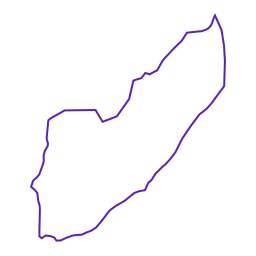 At Taffah, Al Bayda', Yemen (Robinson projection)
{"feature_id": "15242507B13083201582519", "entity_name": "At Taffah", "entity_type": "district", "adm_level": 2, "iso_a3": "YEM", "parent_name": "Yemen", "parent_adm1": "Al Bayda'", "projection": "robinson", "projection_center": [45.345, 14.162], "detail": "fine", "context": "isolated", "style": "outline", "palette": "violet", "viewbox_px": 256, "rotation_deg": 0, "n_neighbors": 0, "source": "geoboundaries", "source_scale": "gbopen_adm2", "svg_char_len": 2127}
<svg xmlns="http://www.w3.org/2000/svg" viewBox="0 0 256 256"><path d="M224.2,86.1L224.9,60.9L224.1,46.4L223.5,42.4L221.5,30.0L215.2,15.9L215.0,15.4L214.8,15.7L214.4,16.7L214.0,17.7L213.6,18.7L213.2,19.7L212.8,20.9L212.4,21.9L212.1,22.9L211.7,23.8L211.2,24.7L210.8,25.6L210.2,26.4L209.5,27.2L208.8,27.9L207.9,28.6L207.0,29.1L206.2,29.5L205.1,30.0L204.2,30.3L203.1,30.7L201.8,31.1L200.9,31.3L200.4,31.3L200.2,31.3L199.9,31.4L199.7,31.4L199.4,31.4L199.2,31.4L198.9,31.4L198.7,31.4L188.9,32.5L187.4,32.7L187.1,32.7L186.9,32.7L181.8,40.7L178.6,43.8L172.8,49.5L167.8,54.9L164.9,58.0L164.2,58.9L162.6,60.7L157.3,70.2L153.2,72.4L149.7,74.3L145.3,73.0L141.4,78.0L139.4,78.7L136.0,79.7L135.2,80.0L134.6,80.2L133.4,80.6L131.1,90.6L129.2,98.9L116.8,116.4L102.6,121.8L95.5,110.0L64.5,110.4L64.4,110.6L51.4,117.9L48.6,119.9L48.2,121.5L46.6,138.6L48.0,143.7L47.6,146.2L44.8,150.9L44.3,153.1L43.6,155.4L43.8,160.5L42.9,164.5L39.3,174.4L36.5,177.7L33.1,180.7L32.8,181.7L32.6,182.2L32.6,182.4L32.3,183.2L32.1,183.9L31.9,184.3L31.7,184.9L31.5,185.6L31.1,186.8L34.7,189.9L37.4,193.2L38.1,200.2L39.7,205.9L39.9,209.9L39.4,231.9L39.4,236.3L41.3,237.9L41.7,238.2L42.2,237.9L45.6,235.5L50.8,236.2L54.4,237.7L56.0,240.0L56.5,240.6L60.7,240.5L63.6,239.0L66.5,237.8L69.9,236.5L71.8,235.8L73.7,235.4L74.7,235.2L75.1,235.2L81.1,234.7L82.1,234.6L85.7,232.8L90.2,231.1L90.7,230.9L92.3,230.0L94.2,228.8L96.1,227.5L97.2,226.2L97.8,225.5L101.3,221.3L104.5,217.2L104.7,216.9L107.5,213.1L109.1,211.1L111.3,209.2L114.1,207.2L114.9,206.6L117.1,205.1L120.1,203.4L122.8,201.9L125.5,200.2L126.5,199.3L129.3,197.0L134.1,193.2L134.5,192.9L138.2,191.5L143.5,190.4L145.0,190.2L145.3,189.6L145.5,188.8L145.6,188.6L146.0,187.9L148.0,183.2L151.7,179.8L153.7,176.4L156.1,173.0L158.9,170.4L162.3,166.9L165.1,164.6L168.7,160.8L172.1,156.7L173.6,154.7L174.9,152.9L175.7,151.7L178.9,145.3L178.9,145.2L182.2,138.7L185.6,133.6L187.2,131.3L188.0,130.1L190.7,126.1L191.2,125.4L191.3,125.1L192.4,123.8L198.4,115.8L199.2,114.7L199.5,114.4L204.4,110.5L206.9,108.5L211.6,103.2L214.0,99.9L216.7,96.2L218.6,93.6L224.1,86.2L224.2,86.1Z" fill="none" stroke="#5b21b6" stroke-width="2"/></svg>